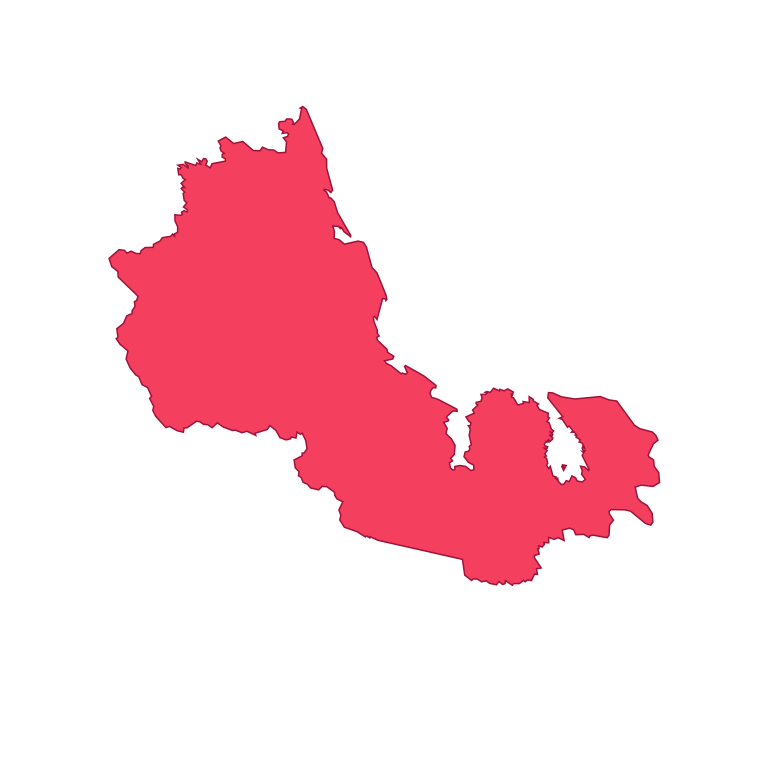 Buenaventura, Valle del Cauca, Colombia (Equal Earth projection), rotated 128°
{"feature_id": "7082276B82326475607220", "entity_name": "Buenaventura", "entity_type": "district", "adm_level": 2, "iso_a3": "COL", "parent_name": "Colombia", "parent_adm1": "Valle del Cauca", "projection": "equal_earth", "projection_center": [-77.114, 3.671], "detail": "fine", "context": "isolated", "style": "filled", "palette": "rose", "viewbox_px": 768, "rotation_deg": 128, "n_neighbors": 0, "source": "geoboundaries", "source_scale": "gbopen_adm2", "svg_char_len": 6168}
<svg xmlns="http://www.w3.org/2000/svg" viewBox="0 0 768 768"><g transform="rotate(128 384 384)"><path d="M515.2,616.4L515.6,606.1L523.1,602.6L527.7,593.8L529.7,585.3L529.2,581.8L533.5,574.2L532.3,568.1L536.9,559.5L539.7,559.8L543.4,551.7L547.2,549.9L550.0,543.9L552.6,529.0L549.4,526.8L548.2,518.4L545.5,512.4L541.8,514.5L539.9,512.3L528.7,508.8L527.1,505.7L526.9,501.5L524.6,497.8L524.3,492.5L517.2,491.4L516.9,484.4L513.9,474.7L511.9,472.8L509.8,465.9L505.6,462.8L503.4,453.4L502.2,455.3L491.7,448.0L487.0,448.3L487.1,440.6L490.3,432.9L488.3,426.7L484.6,423.8L482.9,424.5L480.8,420.1L475.4,422.9L475.1,418.9L473.1,418.2L476.7,410.9L482.4,404.8L487.4,404.5L489.0,406.0L490.8,404.2L499.2,408.1L504.7,402.3L505.4,397.0L509.0,394.9L508.6,391.7L511.3,387.3L510.1,382.6L511.1,377.8L507.6,370.3L502.7,369.7L500.1,365.7L499.8,356.3L502.1,354.3L503.5,350.3L502.2,343.9L511.0,342.0L514.1,337.1L518.3,335.2L521.3,327.1L516.9,314.2L516.0,304.6L514.5,304.2L514.0,300.5L513.0,301.1L510.8,292.4L473.9,214.2L484.9,202.7L484.9,194.0L482.5,193.6L480.1,190.1L479.9,185.5L476.1,182.1L476.1,178.1L472.9,171.7L468.9,171.9L469.0,167.2L466.8,165.7L464.2,167.2L463.6,158.9L461.5,159.0L458.0,154.5L453.0,153.2L453.0,151.0L450.1,150.3L448.1,146.8L441.2,148.4L439.6,145.9L435.7,150.1L432.2,146.9L428.4,158.3L426.5,159.8L422.4,157.0L419.2,161.4L418.4,160.5L416.1,162.3L415.2,159.1L411.7,158.8L410.5,160.4L407.7,156.4L403.6,159.8L401.6,154.2L397.9,152.3L396.5,145.7L389.3,153.6L383.3,149.0L382.1,144.6L384.7,140.1L379.5,134.0L378.7,127.9L376.8,128.3L374.3,126.0L367.7,113.5L364.8,113.5L356.2,119.4L350.0,119.3L347.6,126.4L346.0,128.1L343.3,127.9L334.7,116.5L332.4,111.4L332.9,92.1L331.0,86.9L327.1,87.2L320.9,93.0L317.7,101.8L318.6,108.7L317.9,113.7L310.6,122.6L305.5,119.2L299.0,108.9L292.0,106.2L284.7,113.0L282.5,120.5L277.8,124.9L278.3,130.3L277.4,132.1L265.3,134.9L259.6,133.5L257.1,138.3L256.6,143.0L261.7,154.8L262.3,161.3L254.1,190.1L257.9,196.7L260.8,205.9L278.4,224.5L284.8,236.2L287.1,245.5L289.5,249.1L294.1,246.4L299.7,223.1L303.2,224.8L302.1,221.7L305.1,212.8L303.1,212.3L304.4,206.6L306.6,206.6L304.6,204.4L305.5,201.3L307.0,202.3L306.0,200.5L307.7,199.9L307.1,195.1L309.6,194.5L308.6,191.9L309.9,188.1L311.1,186.6L310.9,188.9L312.7,188.3L313.7,185.9L312.8,184.6L314.3,184.4L315.1,186.2L315.4,184.2L318.3,183.9L325.0,169.8L326.3,169.5L325.8,174.8L327.8,178.5L330.3,174.4L333.5,172.7L335.2,166.6L339.2,167.5L341.5,172.2L339.9,175.3L340.7,179.3L346.8,177.9L347.9,180.9L352.4,180.6L354.0,182.6L353.4,186.9L351.7,188.7L353.4,189.6L351.6,189.4L352.7,191.0L351.3,191.3L352.5,194.3L346.5,202.2L349.2,202.1L348.0,205.8L345.6,206.2L342.5,210.1L342.6,212.5L340.7,211.7L340.2,214.2L335.9,214.5L335.8,218.0L334.4,215.9L332.5,216.6L333.8,218.8L332.8,220.6L329.5,221.0L329.6,219.7L328.2,220.2L328.2,218.4L326.7,219.8L326.7,217.8L324.0,217.2L322.6,217.8L322.4,222.6L321.3,219.6L319.7,220.1L319.5,224.5L319.0,221.4L316.6,221.4L316.5,224.4L312.9,230.1L313.4,232.4L309.0,232.7L309.1,234.5L305.9,236.6L308.4,245.9L306.6,250.4L304.6,249.9L305.4,256.1L304.2,257.0L304.6,261.8L309.2,258.1L312.2,263.6L313.5,262.1L318.1,265.7L315.1,273.4L315.9,275.2L313.8,277.2L313.8,275.9L310.7,277.1L311.7,283.5L315.4,285.2L316.8,289.4L318.3,288.9L319.9,295.1L325.2,295.1L326.5,298.2L328.3,299.2L327.7,297.2L329.5,297.5L332.5,301.2L334.6,298.2L338.0,297.0L341.7,300.1L342.9,299.3L342.8,297.1L349.9,298.2L351.4,294.9L359.5,299.2L361.3,294.0L360.9,291.8L363.7,290.3L364.9,291.9L366.2,288.4L372.0,285.3L378.2,277.7L380.7,278.5L382.3,276.4L384.7,276.0L387.7,278.2L392.0,276.2L393.8,269.3L392.7,263.3L396.3,260.4L398.7,262.4L398.7,269.0L401.5,274.0L405.5,277.5L407.3,275.6L409.5,276.5L409.1,280.2L405.9,283.9L402.3,282.7L401.6,285.7L396.2,285.2L388.6,290.2L385.7,297.2L385.0,304.7L380.1,306.8L377.4,313.4L373.9,310.7L372.5,310.8L371.8,314.3L370.0,314.4L362.6,313.0L360.5,309.5L359.0,311.0L362.8,331.9L365.2,338.3L363.1,342.0L360.4,343.1L356.6,343.1L355.2,340.8L353.1,342.1L353.1,357.7L356.2,378.5L357.6,378.5L360.8,372.5L363.1,373.1L364.0,376.2L365.4,376.8L365.2,389.3L366.3,395.3L365.4,397.9L358.9,392.5L356.1,393.4L356.8,400.6L354.8,403.1L353.6,415.8L351.9,418.5L349.2,417.4L348.0,420.9L345.9,422.1L340.8,430.7L337.8,433.4L336.4,432.9L337.5,429.2L317.5,437.7L316.1,435.2L317.1,433.9L315.7,433.8L312.6,437.3L300.7,458.1L299.6,465.2L287.1,481.9L285.0,487.4L287.4,492.5L298.2,501.3L297.9,508.3L300.0,513.0L294.6,516.7L290.9,521.6L287.7,516.6L288.2,515.9L288.4,513.2L287.9,515.7L286.9,513.8L288.6,509.4L288.5,501.0L287.4,501.7L277.6,526.0L271.0,535.5L270.2,540.5L271.1,541.7L268.2,547.4L268.3,550.5L267.4,550.9L265.7,547.6L265.8,543.7L262.8,543.9L249.3,562.0L242.2,567.6L240.6,575.3L236.1,577.2L215.4,614.3L215.4,618.9L218.2,619.9L217.7,618.5L227.2,613.7L234.8,614.6L235.5,615.9L233.7,616.2L232.2,619.3L232.7,620.8L235.2,623.9L237.8,623.7L241.6,627.7L243.6,627.4L247.6,623.6L246.5,619.3L249.2,618.5L245.7,615.1L245.8,613.1L248.4,612.4L251.9,614.9L253.3,609.8L262.1,604.2L267.2,609.9L267.4,614.8L270.7,619.4L272.2,625.6L276.5,625.3L280.5,630.8L279.8,644.5L287.1,650.6L286.9,660.8L294.6,664.2L296.7,659.2L299.1,658.5L300.7,655.8L300.6,651.9L302.5,652.9L304.8,651.3L304.2,647.8L306.0,646.2L316.3,655.2L320.6,654.0L321.3,659.4L317.2,660.5L316.4,663.0L317.3,665.0L321.0,664.5L321.6,669.1L323.7,663.8L325.2,667.7L327.7,666.8L331.4,677.4L332.6,676.3L333.0,672.2L334.4,671.5L334.6,677.5L338.5,681.1L338.3,677.1L340.1,676.9L341.0,679.3L345.5,674.6L344.0,672.6L345.7,668.9L345.2,666.4L350.8,667.4L351.9,662.1L352.9,664.0L354.8,664.1L355.6,659.1L357.5,659.6L362.4,654.4L362.6,650.9L368.0,651.0L367.8,646.1L369.9,645.2L370.4,648.3L373.4,649.3L374.5,647.3L375.9,647.6L379.4,653.0L384.2,649.0L387.2,643.3L391.7,640.0L394.6,641.6L396.3,640.1L396.0,642.9L398.9,643.0L405.2,648.8L409.2,648.5L415.8,651.6L418.4,650.0L423.6,656.3L428.4,657.5L431.5,656.4L433.9,660.0L435.0,665.0L439.1,667.1L438.5,670.9L441.3,675.5L454.3,678.0L459.1,670.8L459.2,662.9L463.4,659.3L466.3,631.9L470.6,630.3L472.7,631.4L476.3,627.9L481.0,627.7L483.6,625.9L488.7,628.7L496.5,626.6L504.9,628.6L511.1,622.3L513.1,623.0L515.2,616.4ZM341.5,189.3L336.0,190.2L337.7,193.4L339.3,190.8L339.1,193.8L341.5,189.3Z" fill="#f43f5e" stroke="#9f1239" stroke-width="1.5"/></g></svg>